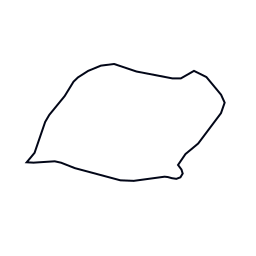 the border of Biliran, rotated 306°
{"feature_id": "PHL-2581", "entity_name": "Biliran", "entity_type": "Province", "adm_level": 1, "iso_a3": "PHL", "parent_name": "Philippines", "parent_adm1": "", "projection": "albers", "projection_center": [124.492, 11.584], "detail": "fine", "context": "isolated", "style": "outline", "palette": "ink", "viewbox_px": 256, "rotation_deg": 306, "n_neighbors": 0, "source": "natural_earth", "source_scale": "10m", "svg_char_len": 563}
<svg xmlns="http://www.w3.org/2000/svg" viewBox="0 0 256 256"><g transform="rotate(306 128 128)"><path d="M199.2,141.6L213.0,147.8L215.3,161.5L209.6,183.8L205.3,191.3L194.7,194.5L156.7,193.9L140.7,189.8L127.5,190.2L125.8,195.7L123.3,199.0L118.9,199.4L115.3,197.0L113.2,193.0L111.7,189.0L110.1,186.2L88.6,163.7L81.2,152.6L64.3,108.6L60.6,94.3L58.0,88.3L44.4,71.9L40.7,66.2L53.0,67.0L84.3,57.4L92.4,56.6L116.6,58.0L133.5,56.7L139.6,57.8L150.8,62.2L162.5,69.4L171.6,79.1L178.7,101.7L194.2,134.7L199.2,141.6Z" fill="none" stroke="#020617" stroke-width="2"/></g></svg>